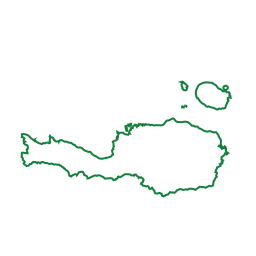 outline of Kota Tidore Kepulauan, Maluku Utara, Indonesia, rotated 101°
{"feature_id": "22746128B24002479708791", "entity_name": "Kota Tidore Kepulauan", "entity_type": "district", "adm_level": 2, "iso_a3": "IDN", "parent_name": "Indonesia", "parent_adm1": "Maluku Utara", "projection": "albers", "projection_center": [127.622, 0.39], "detail": "fine", "context": "isolated", "style": "outline", "palette": "green", "viewbox_px": 256, "rotation_deg": 101, "n_neighbors": 0, "source": "geoboundaries", "source_scale": "gbopen_adm2", "svg_char_len": 5849}
<svg xmlns="http://www.w3.org/2000/svg" viewBox="0 0 256 256"><g transform="rotate(101 128 128)"><path d="M133.5,25.0L132.7,26.9L131.6,27.7L129.5,27.8L128.6,29.5L128.9,30.1L129.5,29.8L129.5,30.6L130.3,31.3L129.7,31.1L129.2,31.5L129.9,31.7L129.3,32.4L129.3,33.4L128.6,33.9L128.6,35.4L127.8,35.1L127.9,34.1L129.2,33.1L128.3,33.2L128.0,32.8L125.9,33.9L122.3,34.4L118.6,37.6L117.9,37.7L115.3,40.8L116.0,42.9L115.4,47.1L116.5,49.5L116.3,52.7L114.8,56.9L114.8,58.3L113.4,59.9L113.8,62.8L113.2,64.5L113.6,65.7L111.9,68.0L110.7,70.7L110.9,73.3L112.2,77.2L112.6,80.7L112.1,82.5L110.2,84.7L110.0,85.7L112.0,88.5L112.5,88.7L113.2,91.1L114.3,92.1L115.4,92.4L118.2,94.1L119.0,95.6L119.8,100.8L120.6,102.7L120.3,105.3L121.1,107.0L120.6,107.8L121.2,110.4L120.8,111.4L122.3,112.4L122.3,112.9L121.4,113.3L121.5,113.7L122.3,113.7L122.9,114.2L121.9,115.0L122.4,115.4L121.8,116.3L122.4,117.1L121.9,118.1L122.3,118.4L123.3,117.9L123.9,118.1L124.1,119.5L125.1,119.6L124.2,120.6L123.4,120.7L123.3,121.6L124.1,121.9L124.9,123.2L127.3,123.4L127.7,125.2L129.2,124.7L129.6,125.6L131.1,126.2L131.8,125.8L132.5,125.9L133.1,125.3L133.1,126.2L134.6,126.5L134.7,129.1L134.4,130.7L133.5,131.9L134.4,135.7L137.7,136.5L138.6,136.0L140.0,136.5L140.6,136.2L141.4,136.4L142.2,137.0L143.6,139.7L144.6,140.3L145.6,139.4L148.2,138.8L148.6,138.3L150.8,138.8L151.7,138.3L153.0,139.5L157.0,137.6L157.2,138.2L158.8,138.9L160.0,140.3L163.3,148.0L163.3,150.7L161.7,154.5L161.7,155.4L160.6,158.1L158.6,160.4L159.0,162.4L158.4,166.0L157.7,167.8L156.7,169.0L156.2,171.2L156.7,172.8L156.6,174.2L155.7,176.0L154.6,177.2L154.9,178.2L153.5,180.7L153.6,184.2L153.1,185.3L153.5,187.5L152.5,190.8L153.0,192.3L154.1,192.9L154.3,193.5L154.7,193.5L154.3,193.8L155.0,196.2L154.5,197.3L153.6,197.9L153.7,198.6L152.0,199.6L151.7,200.4L152.0,201.7L150.6,203.1L151.4,203.3L152.3,202.6L155.8,202.4L156.5,201.7L157.7,202.0L158.1,202.6L157.6,203.6L158.1,205.7L158.9,206.5L158.9,208.3L159.9,209.0L160.2,209.8L159.8,212.9L159.1,215.2L158.4,216.1L158.8,217.0L158.0,217.8L157.4,217.6L157.9,218.2L156.6,221.2L154.4,224.3L153.9,226.4L153.8,229.1L154.4,231.0L156.1,230.3L157.2,230.5L157.4,228.4L157.9,227.6L159.1,228.1L160.5,228.0L161.1,226.5L161.6,227.6L163.0,227.2L163.8,225.9L164.2,223.7L164.9,223.0L166.9,222.4L167.7,222.5L168.4,223.3L172.1,221.8L172.2,226.3L172.6,227.4L173.3,227.5L173.7,227.2L176.8,226.9L177.3,226.1L178.2,225.3L179.2,225.2L180.9,222.9L182.9,223.7L184.7,220.3L184.0,218.6L182.2,217.5L181.8,216.0L180.8,215.8L179.4,214.6L179.7,213.9L179.0,212.6L179.9,210.4L179.1,210.2L178.8,209.2L179.5,207.4L178.4,206.8L177.7,205.9L177.7,204.4L178.2,202.9L177.9,200.4L178.3,198.2L177.4,196.1L178.0,193.6L177.5,192.2L177.5,189.8L177.1,188.6L177.9,187.5L177.8,186.6L178.7,185.3L179.2,183.6L179.8,183.4L179.9,182.4L180.9,181.3L181.6,179.3L182.7,178.0L186.0,176.5L186.2,175.6L185.9,175.0L186.4,174.5L184.6,172.9L183.3,170.8L183.6,169.3L184.0,169.1L180.6,167.5L179.6,164.5L179.6,164.1L181.5,162.4L182.2,162.3L183.3,159.0L184.2,158.3L185.3,158.2L184.7,156.5L183.4,155.2L181.2,152.0L180.8,150.9L180.9,149.3L180.2,148.4L179.9,146.7L180.8,143.2L182.1,140.9L180.5,135.3L180.6,133.7L182.0,132.2L181.2,130.4L180.3,130.3L179.9,129.1L178.3,128.4L177.8,128.6L177.4,127.9L178.0,127.1L177.7,126.1L173.9,122.1L173.2,117.8L173.2,117.0L173.8,116.1L173.7,114.1L173.1,113.5L173.5,113.0L172.5,112.6L172.2,111.5L173.2,110.4L174.1,108.3L175.0,108.0L174.3,107.3L174.4,106.3L173.9,105.8L175.0,103.4L176.3,102.7L176.9,103.2L178.5,103.1L179.2,104.3L180.4,104.6L180.6,103.6L181.8,102.3L181.6,100.6L181.9,99.1L181.2,97.6L181.7,96.6L183.3,95.7L183.6,95.0L183.4,94.1L182.0,93.0L183.8,91.3L184.4,90.1L185.3,90.0L186.9,88.8L186.8,86.7L185.8,85.2L185.7,84.1L186.2,83.6L186.1,82.4L188.0,81.7L188.4,80.3L187.7,79.8L187.7,79.0L186.7,78.4L185.6,76.0L182.9,74.5L183.1,72.9L182.6,71.4L182.8,70.2L182.0,69.2L179.7,68.0L179.4,67.1L178.2,65.9L177.9,64.1L178.3,61.9L177.2,59.5L177.2,57.6L176.5,57.1L175.7,55.4L175.4,52.3L175.9,50.2L172.0,46.4L171.9,43.2L171.5,42.7L171.8,40.3L169.3,37.3L169.4,35.2L167.9,33.5L163.8,33.9L162.6,33.0L161.7,33.1L159.8,32.3L158.9,31.5L158.0,32.4L155.1,32.1L154.6,32.7L154.6,33.7L152.6,33.7L151.4,33.1L149.7,33.0L147.5,29.9L146.1,30.8L146.1,30.1L145.2,29.8L145.0,28.8L144.5,28.6L143.6,28.7L143.4,29.4L142.1,28.6L142.0,29.0L141.2,29.2L141.2,30.3L138.7,30.6L136.3,28.3L134.4,28.0L134.2,27.1L135.1,26.0L134.8,25.7L134.2,25.9L133.5,25.0ZM78.8,35.0L78.8,33.0L77.2,33.5L76.6,33.9L76.6,34.5L76.0,34.9L74.7,34.8L74.7,35.2L73.6,35.9L74.0,37.8L73.3,39.4L73.9,41.7L72.3,44.3L71.9,46.8L69.2,49.9L68.5,52.4L67.6,53.8L68.2,59.6L69.1,62.6L71.8,66.2L73.1,67.1L77.9,68.3L80.7,68.2L84.8,66.5L85.1,65.7L85.6,65.6L85.6,64.7L87.7,62.8L89.6,60.1L90.4,57.3L91.9,55.2L92.0,53.8L91.3,52.8L91.7,51.4L92.2,46.4L92.9,44.4L92.5,43.3L91.5,42.4L91.5,40.1L90.6,38.9L90.6,37.8L89.8,36.4L85.7,35.9L85.1,35.4L84.0,35.6L82.8,34.8L82.0,35.1L81.8,34.7L81.3,34.8L81.2,35.4L79.6,35.8L78.8,35.0ZM76.9,77.6L75.5,77.5L75.2,78.4L73.7,80.0L73.5,81.0L72.7,81.8L72.1,83.5L72.7,84.7L72.9,83.6L73.6,83.0L74.9,83.8L76.7,83.3L78.0,82.1L78.9,82.2L79.6,80.9L80.2,80.7L80.1,78.9L79.5,77.9L77.9,77.7L77.2,78.2L76.9,77.6ZM69.3,37.6L68.4,38.1L67.7,39.9L68.7,41.7L69.7,42.2L71.1,41.7L72.0,40.7L72.1,39.9L72.0,39.0L70.7,37.8L69.3,37.6ZM125.4,125.7L123.4,125.7L123.4,126.4L124.0,127.0L124.8,127.1L125.4,125.7ZM131.0,128.4L129.5,128.6L129.2,129.9L131.1,129.0L131.0,128.4ZM140.0,136.6L138.6,136.4L138.5,137.0L139.6,137.3L140.6,136.9L140.4,136.4L140.0,136.6ZM134.9,136.9L134.2,136.6L133.8,137.8L134.9,137.4L134.9,136.9ZM126.7,130.8L127.6,130.4L127.5,129.6L126.4,130.2L126.7,130.8ZM97.3,78.1L97.2,77.2L96.7,77.2L96.4,78.8L97.0,78.8L96.6,78.1L96.8,77.8L97.3,78.1ZM125.5,128.7L126.1,127.5L125.7,127.3L124.8,128.5L125.5,128.7ZM95.9,75.0L96.1,74.0L95.5,75.1L95.1,74.4L95.2,75.6L95.9,75.0ZM128.1,30.0L128.1,29.2L127.9,29.0L127.5,29.6L128.1,30.0Z" fill="none" stroke="#15803d" stroke-width="2"/></g></svg>